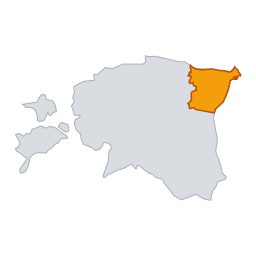 Ida-Viru highlighted on a map of Estonia
{"feature_id": "EST-1655", "entity_name": "Ida-Viru", "entity_type": "County", "adm_level": 1, "iso_a3": "EST", "parent_name": "Estonia", "parent_adm1": "", "projection": "mercator", "projection_center": [27.147, 59.161], "detail": "fine", "context": "in_parent", "style": "filled", "palette": "amber", "viewbox_px": 256, "rotation_deg": 0, "n_neighbors": 0, "source": "natural_earth", "source_scale": "10m", "svg_char_len": 3880}
<svg xmlns="http://www.w3.org/2000/svg" viewBox="0 0 256 256"><path d="M210.9,200.0L210.0,200.2L205.1,199.3L199.6,196.6L197.2,194.6L194.9,194.6L192.0,196.0L181.8,199.8L179.3,198.9L173.5,195.1L170.5,191.0L163.9,182.9L163.4,180.9L162.5,179.3L155.5,177.3L152.9,174.3L150.8,173.9L147.6,172.3L139.4,165.9L137.3,165.2L136.8,166.3L137.0,167.9L136.5,168.8L135.4,168.7L133.5,166.3L131.2,164.2L124.1,168.2L121.5,169.3L119.3,169.5L108.0,174.7L104.6,177.5L103.2,177.2L103.5,174.6L108.2,161.4L109.0,150.9L110.8,149.4L111.3,148.0L110.5,144.6L105.6,142.4L103.7,142.8L101.9,146.4L100.1,149.0L95.8,150.6L92.1,147.8L83.4,144.2L81.2,139.3L80.7,134.3L76.1,129.5L74.2,123.9L75.0,119.9L79.2,117.3L80.3,115.1L75.1,115.4L74.0,114.9L73.8,112.8L71.5,105.9L73.5,103.1L74.4,100.5L72.8,98.2L73.2,95.6L74.5,93.0L73.7,86.9L78.9,83.6L84.0,81.3L94.7,80.2L93.6,74.5L97.9,74.3L105.2,67.5L112.5,68.7L122.9,64.1L143.1,64.1L145.8,61.4L145.3,58.7L145.4,55.8L149.2,56.7L155.5,56.2L179.2,61.8L185.1,61.8L193.2,67.6L197.5,69.1L210.4,69.1L230.2,71.6L234.1,67.7L234.5,66.7L236.3,68.9L238.7,72.4L239.4,74.4L238.6,75.6L236.2,76.6L235.6,77.7L234.6,79.5L231.8,79.8L230.4,81.1L228.7,87.1L225.4,96.8L220.5,104.2L216.7,108.2L215.0,111.3L213.9,115.1L213.6,118.8L217.3,139.1L217.3,142.8L216.4,146.5L215.8,150.3L216.3,153.6L218.7,159.2L221.3,167.6L222.4,172.9L224.1,174.8L225.8,176.3L226.1,177.2L226.1,178.1L225.2,179.2L217.7,181.9L216.7,184.3L215.9,186.9L212.7,190.8L211.7,194.4L211.0,198.5L210.9,200.0ZM42.5,126.4L45.0,128.1L47.4,127.6L49.7,126.4L54.8,127.5L66.5,135.8L67.6,138.0L60.6,139.1L59.1,141.6L57.4,143.4L55.4,143.9L52.0,147.5L47.5,150.9L46.5,153.0L38.3,152.6L33.8,153.9L30.1,157.7L28.6,165.0L26.0,170.7L23.3,172.8L20.4,173.1L19.8,171.0L20.0,168.8L26.0,160.7L27.2,158.1L24.3,156.9L21.8,154.1L16.3,150.8L15.4,148.2L16.7,148.0L17.8,147.2L19.3,145.0L20.0,142.4L15.6,134.9L17.8,133.7L20.6,134.0L23.4,136.2L26.5,133.6L27.9,133.2L30.0,134.2L32.2,129.2L37.4,127.5L40.0,126.0L42.5,126.4ZM53.4,112.3L50.5,115.7L48.7,114.4L47.8,112.7L44.1,120.4L39.8,121.7L37.4,120.2L37.6,117.4L35.2,109.8L31.5,107.6L26.3,107.4L22.5,104.3L37.0,102.2L38.5,98.6L41.4,94.8L43.6,94.4L45.5,95.3L45.9,98.2L46.3,99.4L52.9,101.0L55.5,105.9L56.4,111.8L53.4,112.3ZM68.3,131.3L65.4,132.0L58.4,127.1L60.0,123.8L62.0,122.5L68.0,124.6L68.8,129.5L68.3,131.3Z" fill="#d9dde1" stroke="#a8b0b8" stroke-width="1"/><path d="M234.7,66.9L235.4,68.2L237.0,69.1L237.7,69.9L238.6,72.0L238.9,72.6L239.3,73.1L240.2,73.9L240.6,74.4L240.5,75.7L239.6,75.1L238.0,76.4L235.2,76.7L234.0,77.2L236.6,78.3L237.5,78.2L236.7,79.2L232.6,79.1L230.6,80.3L229.8,81.3L230.1,82.5L229.5,84.0L228.4,89.2L226.3,95.1L225.7,96.5L224.2,99.4L223.8,101.0L223.2,102.0L220.0,104.9L215.4,109.0L214.3,112.9L197.0,109.7L196.8,109.7L195.8,109.6L195.5,109.4L195.2,109.3L194.8,108.5L193.9,108.0L193.0,107.8L192.6,107.8L192.2,107.9L191.2,108.4L190.4,108.4L190.1,108.5L189.9,108.6L189.6,108.6L189.4,108.2L189.2,107.1L189.1,105.7L188.9,105.3L188.8,105.0L188.8,104.7L188.8,104.4L187.9,103.5L189.1,102.4L190.2,102.0L190.5,101.8L190.6,101.5L190.6,101.0L190.7,100.5L190.9,99.9L191.4,99.4L191.7,99.0L191.7,98.6L191.3,97.6L191.3,93.7L191.4,92.7L191.6,92.3L194.0,90.8L195.9,90.5L196.2,90.4L196.3,90.0L196.3,89.6L196.2,89.4L195.9,88.9L196.2,86.9L196.1,86.5L195.7,86.2L194.6,86.1L194.1,85.9L193.5,85.2L193.2,84.6L192.9,82.7L190.4,83.5L190.2,83.5L189.7,83.1L189.2,82.3L189.5,80.7L190.9,77.7L191.3,76.8L191.2,76.4L190.8,76.3L189.4,76.0L189.0,76.1L188.7,76.1L188.4,76.0L188.1,75.6L188.1,75.4L188.2,75.2L188.8,74.7L189.4,74.1L189.2,72.7L189.3,72.4L189.5,72.1L189.8,71.9L190.0,71.9L190.3,72.1L190.8,72.7L191.1,72.3L190.9,70.7L191.0,69.9L190.8,69.1L190.2,67.7L190.1,67.3L190.1,67.0L190.2,66.5L190.6,65.6L190.6,65.4L192.3,67.2L194.0,67.9L195.5,68.8L196.2,69.1L202.6,69.7L208.2,69.3L213.0,69.0L218.5,70.4L223.9,70.7L229.5,72.1L231.0,71.6L232.3,70.6L233.4,69.3L234.7,66.9Z" fill="#f59e0b" stroke="#b45309" stroke-width="1.5"/></svg>